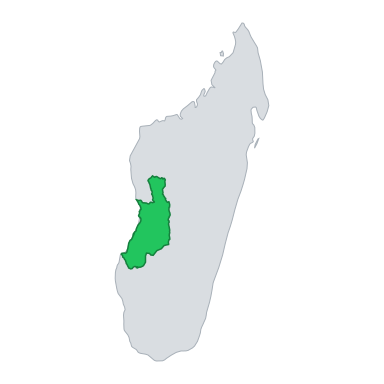 where Menabe sits in Madagascar
{"feature_id": "MDG-5878", "entity_name": "Menabe", "entity_type": "Autonomous Province", "adm_level": 1, "iso_a3": "MDG", "parent_name": "Madagascar", "parent_adm1": "", "projection": "natural_earth1", "projection_center": [45.071, -20.047], "detail": "fine", "context": "in_parent", "style": "filled", "palette": "green", "viewbox_px": 384, "rotation_deg": 0, "n_neighbors": 0, "source": "natural_earth", "source_scale": "10m", "svg_char_len": 8710}
<svg xmlns="http://www.w3.org/2000/svg" viewBox="0 0 384 384"><path d="M249.0,31.8L250.0,34.5L251.1,37.0L254.7,43.0L256.2,45.4L257.5,47.8L258.1,52.8L260.3,60.5L262.4,72.0L263.0,83.9L263.6,89.3L265.2,94.5L267.9,99.8L268.8,105.7L267.1,111.8L264.6,117.5L264.0,118.6L262.9,120.1L262.3,120.0L260.4,118.5L258.9,116.1L256.9,110.4L256.2,107.5L255.4,107.0L253.0,107.3L251.3,109.1L251.0,110.2L251.3,113.4L252.0,116.3L252.2,119.3L252.3,123.0L252.9,124.1L253.8,125.0L254.8,127.5L254.9,133.2L254.3,136.1L252.6,138.7L252.7,140.0L253.3,141.5L252.7,142.3L250.5,143.4L249.6,144.4L248.4,146.9L246.5,152.1L246.2,154.8L247.4,162.8L247.0,168.6L244.5,179.5L243.0,184.7L241.0,191.0L237.9,199.2L234.9,209.5L232.2,220.0L230.3,226.4L228.1,232.7L225.2,243.8L222.6,255.0L218.8,267.4L213.7,281.2L213.1,283.0L212.0,290.1L210.9,296.2L209.5,302.3L206.6,312.3L206.2,315.4L205.6,318.4L202.8,324.7L201.7,327.0L200.8,329.5L200.4,332.7L199.5,335.7L197.5,341.3L194.5,346.1L192.5,347.9L188.1,350.4L185.9,350.9L180.9,351.0L176.2,352.4L171.2,355.2L166.4,358.4L164.6,359.9L162.5,360.8L156.2,361.0L154.3,360.3L148.0,355.0L145.6,354.2L140.9,353.4L139.5,353.0L138.2,352.3L136.4,349.6L132.6,347.3L131.7,346.5L131.2,344.9L130.8,343.2L129.8,341.3L129.1,337.6L127.9,335.0L124.4,330.5L124.0,329.1L123.8,324.3L123.9,321.0L123.5,315.1L123.9,312.3L125.1,309.7L124.6,307.0L123.3,304.1L122.8,301.2L121.9,298.5L118.2,293.6L117.4,291.2L116.8,288.7L115.4,281.0L115.2,278.3L115.4,272.6L115.9,269.7L116.8,267.6L117.0,266.1L117.5,264.8L118.4,263.7L119.0,262.5L120.3,255.2L122.0,253.6L124.6,252.7L126.6,250.8L127.8,248.2L128.9,242.9L132.1,237.7L133.3,234.9L135.8,230.7L138.1,224.9L138.8,222.1L139.3,219.3L139.9,213.1L140.3,210.0L140.2,206.9L138.9,203.8L135.8,198.0L135.7,197.0L135.9,192.7L135.6,189.7L134.5,186.6L133.0,183.7L131.5,178.3L130.8,169.4L131.0,166.2L130.5,163.4L129.5,160.6L130.2,155.9L139.6,138.6L139.9,136.6L139.5,131.4L139.7,128.3L140.0,127.2L140.7,126.5L142.4,126.2L150.0,125.4L150.9,124.9L152.8,123.4L155.4,120.6L156.6,119.8L157.7,120.1L158.3,121.3L159.2,122.0L162.3,120.7L163.4,120.7L164.6,120.9L165.2,119.7L165.5,118.1L166.0,117.0L166.8,116.4L170.8,116.1L173.3,115.6L176.6,114.5L177.3,114.7L179.9,118.7L180.7,119.0L181.7,119.2L182.6,118.5L180.5,116.4L180.2,115.2L180.3,113.9L181.4,111.1L183.3,108.9L187.6,105.6L192.0,101.8L193.3,101.5L194.4,102.1L195.2,106.6L195.1,107.4L195.8,107.5L196.6,106.9L197.4,105.1L197.4,103.6L196.8,102.1L196.5,100.9L196.5,99.8L198.8,97.1L200.5,94.6L201.4,91.6L202.1,90.2L203.9,88.6L204.5,88.9L204.9,90.2L205.2,91.5L204.7,92.8L204.0,94.2L203.7,95.9L204.8,96.3L205.7,95.8L207.2,92.6L208.9,89.6L209.9,88.0L211.1,87.0L213.2,87.2L215.2,87.9L211.9,84.7L211.1,80.3L215.0,72.7L215.1,71.1L215.6,70.7L215.9,70.0L213.9,67.5L213.5,66.2L213.8,64.3L214.7,62.6L215.6,61.4L216.9,60.9L217.8,61.6L220.0,63.7L221.5,64.0L223.2,62.0L224.7,59.5L226.8,57.8L229.3,56.7L233.1,52.7L235.5,44.4L235.7,42.0L235.2,39.1L234.4,36.3L232.9,32.8L233.3,32.0L235.3,32.5L236.0,32.0L238.3,28.9L242.0,23.0L243.2,23.1L244.2,24.1L244.6,25.8L245.3,27.0L247.8,29.8L249.0,31.8ZM223.3,55.1L223.4,56.0L220.6,55.7L220.1,52.5L221.5,52.4L221.8,51.2L222.6,51.0L223.5,53.8L223.3,55.1ZM256.9,143.7L254.5,148.2L255.2,144.4L258.0,138.9L258.8,138.5L256.9,143.7Z" fill="#d9dde1" stroke="#a8b0b8" stroke-width="1"/><path d="M121.2,254.0L121.7,253.7L122.0,253.2L123.3,253.2L124.1,253.0L124.5,253.1L124.8,253.2L125.2,253.3L125.7,253.1L126.4,252.6L126.9,251.9L127.1,251.3L127.2,250.5L127.9,248.2L128.7,243.3L130.0,240.5L130.5,240.0L131.2,239.8L131.6,239.4L132.7,237.0L133.0,236.0L133.1,234.8L133.4,233.7L134.0,232.9L134.0,233.1L134.1,233.6L134.6,232.2L134.9,231.8L135.9,231.0L136.2,230.6L136.1,229.8L136.3,228.9L137.8,225.5L138.3,224.7L139.5,223.3L140.0,222.6L140.4,221.8L140.8,220.9L140.9,220.1L140.9,219.0L140.7,218.2L140.3,218.1L140.2,217.4L139.9,217.2L139.6,217.1L139.2,216.8L138.9,216.4L138.7,216.0L138.6,215.6L138.7,215.2L139.1,214.4L139.2,214.1L139.4,213.7L139.5,213.3L139.5,212.5L139.4,212.2L139.3,211.7L139.3,211.4L139.8,211.1L139.9,210.9L140.0,210.5L140.1,210.1L140.2,209.8L140.7,209.7L141.0,209.3L140.9,208.3L140.5,206.6L140.1,205.8L139.7,205.1L138.7,204.0L138.6,203.7L138.4,202.9L138.0,202.1L136.5,199.8L137.0,199.9L137.8,200.3L138.6,200.4L139.0,200.5L139.9,200.3L140.1,200.3L140.4,200.3L140.6,200.3L140.8,200.3L141.0,200.5L141.5,201.0L142.3,202.4L142.5,202.6L143.2,202.8L143.5,202.9L144.1,202.8L144.5,202.9L144.8,202.9L145.2,202.9L145.5,203.1L146.1,203.0L146.3,203.0L147.0,203.3L147.4,203.6L147.6,203.7L148.0,203.8L148.3,203.9L148.5,203.9L149.3,203.7L149.5,203.5L149.8,203.2L149.9,202.8L150.1,202.5L150.4,202.3L150.7,202.2L150.9,202.2L151.1,202.2L151.6,202.4L152.1,202.5L152.3,202.6L152.5,202.7L153.0,202.5L153.5,202.4L154.0,202.3L154.2,202.2L154.3,202.1L154.3,201.8L154.2,201.6L154.1,201.4L153.2,200.7L152.9,200.4L152.7,200.0L152.7,199.8L152.6,199.6L152.7,199.3L152.9,198.9L153.1,198.6L153.1,198.2L153.1,197.9L153.1,197.6L153.0,197.4L152.9,197.1L152.6,196.0L152.5,195.5L152.5,195.2L152.4,195.0L152.3,194.8L152.0,194.6L151.9,194.6L151.8,194.4L151.7,194.1L151.7,193.8L151.9,193.5L152.1,192.9L152.2,192.5L152.2,192.2L152.0,191.4L152.0,191.1L151.9,191.0L151.8,190.9L151.3,190.4L151.0,189.7L151.1,189.2L151.1,188.9L151.0,188.7L150.7,188.3L150.6,188.1L150.5,187.9L150.5,187.4L150.4,186.9L149.9,184.5L149.8,184.3L149.7,184.1L149.2,183.2L149.0,182.6L149.0,182.4L148.2,181.1L148.1,180.9L148.0,180.7L148.1,180.2L148.5,179.6L148.6,179.4L149.4,178.6L150.0,178.3L150.5,178.1L150.8,177.9L151.0,177.7L151.3,177.3L151.6,176.9L151.8,176.6L152.2,176.3L152.4,176.1L152.5,175.9L153.2,176.3L153.9,176.7L154.1,176.8L154.2,177.1L154.4,177.2L154.6,177.3L154.9,177.2L155.3,176.9L156.1,176.5L156.4,176.5L156.7,176.6L157.2,176.8L157.5,177.0L157.8,177.2L158.1,177.5L158.3,177.6L160.2,178.6L160.5,178.6L160.8,178.5L161.2,178.2L161.3,178.0L161.5,177.8L161.8,177.8L162.3,178.0L162.5,178.4L162.6,178.6L162.7,178.8L162.9,179.0L163.0,179.0L163.2,178.9L163.7,178.4L164.1,178.3L164.5,178.5L165.2,179.7L165.3,180.0L165.0,180.6L164.9,180.9L164.9,181.7L165.2,184.7L165.1,186.0L165.0,186.3L164.5,186.6L164.4,186.8L164.1,187.2L164.0,187.3L163.8,187.5L163.6,187.7L163.4,188.1L163.0,188.6L162.6,189.0L162.5,189.3L162.5,189.5L162.6,190.0L162.7,191.2L162.9,191.9L163.0,192.6L163.0,192.8L163.0,193.0L162.7,193.5L162.5,194.1L162.6,194.3L163.1,194.6L163.3,194.9L163.5,195.2L163.9,196.3L164.1,196.6L164.5,196.9L164.6,197.2L164.8,197.7L164.9,197.9L165.0,198.0L165.4,198.2L165.6,198.3L165.7,198.5L165.7,198.8L165.6,199.1L165.5,199.3L165.5,199.6L165.5,199.8L165.8,200.2L166.1,200.6L166.3,201.0L166.5,201.3L166.9,201.7L167.1,202.0L167.4,202.3L167.6,202.3L168.3,202.0L168.6,201.8L168.9,201.8L169.0,202.0L169.1,202.4L169.1,202.6L169.3,203.1L169.4,203.5L169.6,204.2L169.7,204.6L169.7,205.4L169.6,206.0L169.6,206.8L169.6,207.0L169.1,207.3L169.0,207.5L169.0,208.9L169.0,209.0L168.9,209.5L168.8,209.8L168.9,210.0L169.0,210.3L169.1,210.7L169.3,211.6L169.8,212.8L169.9,213.1L169.9,213.4L169.9,213.7L170.1,214.2L170.1,214.4L170.0,215.4L169.9,215.7L169.8,215.9L169.3,216.4L169.2,216.6L169.2,217.2L169.1,217.3L169.0,217.6L168.5,218.3L168.5,218.5L168.4,219.1L168.3,219.4L168.2,219.7L168.1,219.9L168.2,220.1L168.3,220.3L168.4,220.5L168.7,220.7L169.0,220.9L169.1,221.0L169.1,221.4L169.0,221.7L169.0,221.9L169.1,222.2L169.0,222.3L169.0,222.5L168.7,222.8L168.6,223.0L168.6,223.6L168.5,224.1L168.5,224.3L168.7,224.5L168.7,225.4L168.8,225.6L168.9,225.8L169.0,226.3L169.3,227.6L169.3,228.1L169.4,228.3L169.7,230.0L169.7,230.4L169.6,230.8L169.6,231.1L169.5,231.3L169.7,232.4L169.7,232.9L169.7,233.1L169.4,233.6L169.4,234.2L169.3,234.5L169.2,234.9L169.2,235.1L169.7,237.8L169.8,239.0L169.8,239.3L169.7,239.4L169.5,239.5L169.1,239.5L168.9,239.7L168.9,239.8L168.9,240.0L168.8,240.4L168.8,240.6L168.6,240.9L168.6,241.1L168.4,241.8L168.4,242.5L168.4,242.8L168.5,243.1L168.6,243.7L168.7,244.0L168.6,244.5L166.1,245.0L164.0,245.6L161.4,248.7L156.9,250.6L154.7,253.4L153.2,255.3L150.8,255.0L149.5,253.4L146.5,253.1L145.5,256.0L145.5,262.2L143.5,265.6L143.0,265.9L142.6,266.3L141.8,266.5L140.8,267.1L139.1,267.2L138.4,267.4L137.8,267.8L137.6,267.1L137.5,266.9L137.3,266.8L137.2,266.8L137.0,267.2L136.6,267.7L136.4,267.7L136.1,266.9L135.4,266.5L134.6,266.5L133.8,266.9L133.2,267.3L132.8,267.7L132.3,268.5L132.0,268.6L131.2,268.8L130.8,268.9L130.3,268.8L130.1,268.7L129.9,268.4L129.7,268.3L129.4,268.2L129.1,268.2L128.9,268.1L128.6,267.9L128.5,267.7L128.4,267.1L128.3,266.8L127.8,266.2L127.5,265.5L127.3,265.1L127.2,264.8L127.1,264.4L126.4,263.8L126.2,263.2L126.2,262.6L126.0,262.2L125.7,261.4L125.6,261.2L125.6,260.6L125.5,260.4L125.4,260.2L124.8,259.7L124.4,259.1L124.2,258.6L124.1,258.2L123.9,257.9L123.0,257.3L122.7,257.0L122.6,255.7L122.5,255.4L122.2,255.1L121.5,254.6L121.2,254.2L121.2,254.0Z" fill="#22c55e" stroke="#15803d" stroke-width="1.5"/></svg>